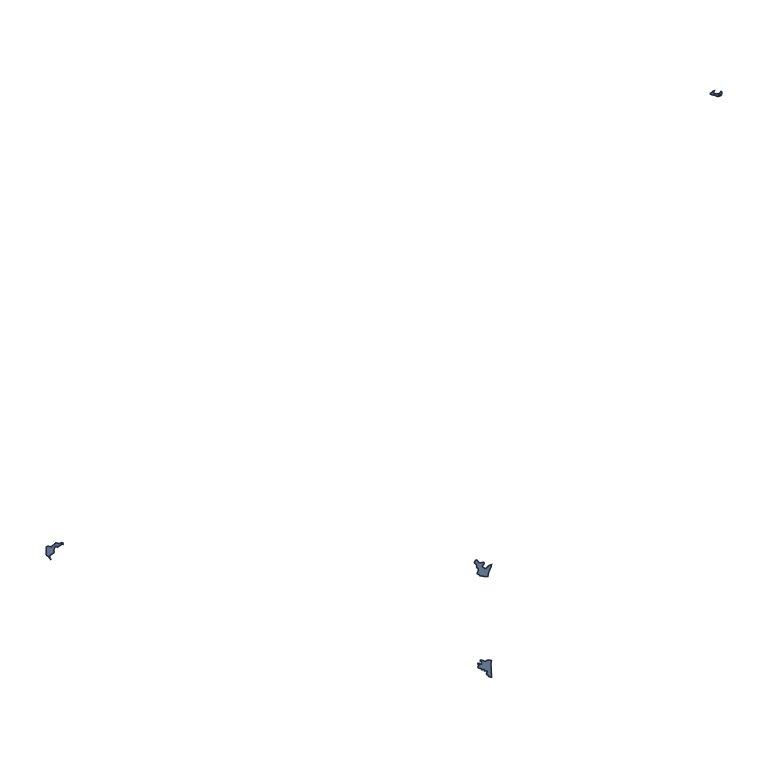 Puducherry, Albers equal-area conic projection
{"feature_id": "IND-3262", "entity_name": "Puducherry", "entity_type": "Union Territory", "adm_level": 1, "iso_a3": "IND", "parent_name": "India", "parent_adm1": "", "projection": "albers", "projection_center": [79.32, 13.78], "detail": "fine", "context": "isolated", "style": "filled", "palette": "slate", "viewbox_px": 768, "rotation_deg": 0, "n_neighbors": 0, "source": "natural_earth", "source_scale": "10m", "svg_char_len": 2298}
<svg xmlns="http://www.w3.org/2000/svg" viewBox="0 0 768 768"><path d="M491.6,564.5L491.2,566.7L488.8,572.0L487.9,576.5L487.3,576.6L484.7,576.6L482.6,576.2L482.1,576.0L481.7,575.9L481.2,575.9L480.7,576.0L480.2,576.0L479.8,575.7L479.1,574.7L478.6,574.4L478.0,574.2L477.5,574.1L477.2,573.7L477.2,573.0L477.7,572.0L478.0,571.3L478.3,570.3L478.3,569.4L478.1,568.6L477.8,568.2L477.0,567.9L476.7,567.5L476.6,567.0L476.6,566.4L476.6,565.8L476.6,565.3L476.3,564.7L474.6,563.1L474.4,562.5L474.5,561.9L474.9,561.2L475.9,560.1L476.1,560.0L476.5,559.9L477.1,560.2L477.9,561.2L478.4,562.0L479.2,562.6L480.2,562.8L483.1,562.3L483.8,562.3L484.2,562.9L484.2,563.4L484.1,563.9L483.8,564.3L482.5,565.8L482.3,566.2L482.4,566.6L482.8,566.9L483.7,567.5L484.1,567.8L484.7,568.6L485.3,568.6L486.0,568.3L487.9,566.4L489.3,565.3L491.6,564.5L491.6,564.5ZM491.5,660.5L491.0,663.4L491.6,677.2L491.0,677.3L488.5,676.4L488.3,675.6L487.8,675.2L486.8,674.7L486.4,673.8L486.9,673.2L486.7,672.8L486.6,672.5L487.4,671.8L487.3,671.2L486.6,671.0L486.1,670.9L485.5,670.8L484.6,671.1L484.3,670.8L484.4,670.3L484.2,669.8L483.9,669.5L483.1,669.5L482.2,670.0L481.5,669.7L481.2,668.8L480.4,668.4L479.4,668.4L478.6,668.0L477.9,667.4L478.0,666.3L478.8,665.5L479.0,664.9L478.3,664.7L477.8,664.1L477.8,663.3L479.4,663.3L480.5,664.3L481.0,664.3L481.5,664.1L481.6,663.8L481.5,662.5L481.2,661.7L480.6,661.4L480.1,660.9L480.3,660.2L481.0,659.9L482.9,660.4L484.8,661.3L485.6,661.4L486.1,660.9L487.6,660.0L489.4,660.0L491.5,660.5ZM54.0,552.7L50.1,555.5L49.7,557.1L51.2,560.1L48.3,556.5L47.7,556.0L47.1,555.8L46.7,555.3L46.3,554.9L46.1,554.6L46.1,553.0L46.3,546.9L48.0,546.1L49.7,546.5L51.4,546.9L52.0,546.1L52.6,545.5L54.0,544.8L54.7,543.9L55.9,542.8L57.5,543.1L59.0,543.7L60.5,543.1L61.6,542.5L63.1,543.0L63.1,544.4L61.7,544.3L60.6,545.2L59.3,545.9L58.4,546.7L57.4,547.3L56.7,546.8L56.0,546.4L54.6,547.7L53.8,550.0L54.2,551.2L54.0,552.7ZM714.4,90.7L713.6,92.5L714.0,93.4L715.2,93.7L718.3,93.7L719.2,93.4L719.9,92.9L720.6,91.9L720.9,91.4L721.3,91.5L721.6,91.8L721.9,92.3L721.9,93.8L721.3,94.6L720.3,94.8L719.1,94.8L718.7,95.3L720.4,95.8L719.3,96.3L718.1,96.6L717.0,96.4L714.7,95.3L712.5,95.0L711.4,94.7L710.2,93.9L710.3,93.4L710.9,93.1L711.7,92.6L712.3,91.9L712.9,91.3L713.6,90.9L714.4,90.7Z" fill="#64748b" stroke="#1e293b" stroke-width="1.5"/></svg>